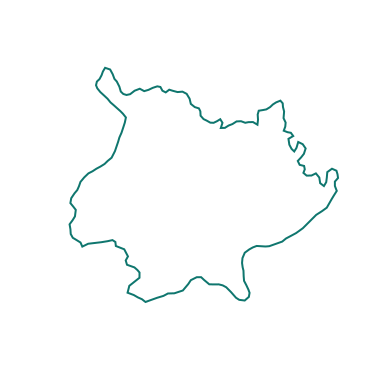 the district of Araporã, Minas Gerais, Brazil, rotated 204°
{"feature_id": "56859067B27998656186706", "entity_name": "Araporã", "entity_type": "district", "adm_level": 2, "iso_a3": "BRA", "parent_name": "Brazil", "parent_adm1": "Minas Gerais", "projection": "natural_earth1", "projection_center": [-49.124, -18.476], "detail": "fine", "context": "isolated", "style": "outline", "palette": "teal", "viewbox_px": 384, "rotation_deg": 204, "n_neighbors": 0, "source": "geoboundaries", "source_scale": "gbopen_adm2", "svg_char_len": 2636}
<svg xmlns="http://www.w3.org/2000/svg" viewBox="0 0 384 384"><g transform="rotate(204 192 192)"><path d="M270.0,97.5L265.8,102.5L254.5,109.2L249.0,112.8L245.1,115.7L241.7,115.2L239.6,111.7L230.6,112.1L224.3,107.1L224.7,102.5L221.8,99.1L213.9,99.7L210.1,98.5L207.2,97.1L205.1,92.3L211.1,80.8L209.9,73.8L203.3,74.2L198.5,73.7L194.1,73.7L189.8,72.6L180.8,81.2L175.8,85.5L172.7,89.5L166.9,92.3L160.3,98.3L158.0,106.3L157.2,111.0L153.0,116.1L149.0,117.9L145.3,116.6L138.7,114.7L135.3,116.1L130.0,118.5L126.0,119.2L122.0,118.9L115.8,116.5L108.8,113.3L105.0,112.7L99.7,114.3L97.4,119.3L98.4,123.3L100.8,125.8L104.5,129.0L108.3,132.0L110.5,136.0L113.0,141.1L115.1,143.8L117.4,147.5L119.0,152.1L119.1,158.0L116.3,162.9L113.9,166.1L111.0,169.0L102.7,172.1L99.4,173.9L89.4,183.4L87.2,187.8L83.6,192.4L80.2,196.8L76.0,204.0L69.2,221.7L65.5,227.3L62.5,232.5L61.5,242.4L61.0,246.4L60.2,251.9L63.9,255.6L65.7,259.6L64.3,264.2L66.3,267.4L68.7,270.2L73.6,270.2L76.5,265.2L74.7,260.0L73.4,255.6L73.9,251.1L78.5,252.2L81.6,257.0L86.4,259.4L89.6,255.6L94.0,253.6L98.0,254.8L98.2,258.6L100.2,261.4L104.7,260.6L108.0,263.4L106.4,268.0L105.3,272.4L105.9,278.0L110.3,280.7L115.3,280.9L114.5,274.8L115.1,270.6L118.6,271.9L122.3,274.8L125.5,279.8L122.3,284.3L125.8,286.3L129.0,285.5L133.1,285.3L133.4,289.7L134.7,293.5L138.4,296.7L140.6,303.0L143.5,306.7L145.2,309.9L148.4,311.4L151.6,308.1L153.7,304.9L155.2,301.3L157.7,297.7L160.7,295.6L164.1,293.4L163.5,289.5L161.1,284.9L159.6,280.1L164.7,280.7L168.8,278.8L171.5,276.9L176.0,276.6L180.0,274.6L182.7,270.5L185.6,267.6L188.0,264.0L191.7,262.2L192.3,267.6L195.8,270.0L198.0,266.8L200.4,264.0L203.5,262.8L207.7,263.2L211.1,263.3L215.2,265.2L217.2,269.1L219.7,271.2L224.0,270.7L228.9,272.0L232.1,276.2L236.8,279.5L241.5,279.8L245.9,277.4L251.0,276.6L254.4,276.2L256.5,272.3L260.2,272.5L263.6,275.1L266.7,274.4L270.2,271.2L273.3,267.6L276.7,264.7L281.7,265.1L285.6,261.2L288.3,256.2L291.3,254.0L294.6,253.6L297.9,254.8L301.2,258.7L305.6,262.3L308.9,263.8L312.3,267.3L316.6,270.6L321.9,270.1L322.4,265.8L322.1,261.9L322.4,257.6L323.8,254.2L323.1,250.5L320.7,248.2L316.4,246.0L311.3,244.3L307.0,242.8L302.9,240.7L298.9,239.5L294.9,238.2L290.5,236.8L286.9,235.4L282.7,233.2L281.6,228.1L281.1,223.5L280.5,217.4L280.5,212.2L279.9,207.8L279.5,203.4L279.0,198.0L279.4,190.6L281.7,186.0L283.3,182.0L286.0,178.0L288.8,174.4L291.3,170.5L294.2,166.9L296.4,161.5L298.0,155.9L297.6,151.2L297.6,147.1L298.8,143.0L299.8,137.2L298.6,132.4L294.6,130.4L290.9,128.4L289.0,122.1L289.6,117.7L290.7,112.7L287.9,108.5L285.7,104.3L282.3,101.7L277.6,101.1L273.3,100.5L270.0,97.5Z" fill="none" stroke="#0f766e" stroke-width="2"/></g></svg>